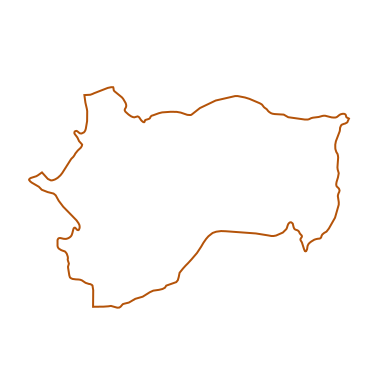 Cojedes, Robinson projection, rotated 266°
{"feature_id": "VEN-32", "entity_name": "Cojedes", "entity_type": "State", "adm_level": 1, "iso_a3": "VEN", "parent_name": "Venezuela", "parent_adm1": "", "projection": "robinson", "projection_center": [-68.34, 9.331], "detail": "fine", "context": "isolated", "style": "outline", "palette": "amber", "viewbox_px": 384, "rotation_deg": 266, "n_neighbors": 0, "source": "natural_earth", "source_scale": "10m", "svg_char_len": 4199}
<svg xmlns="http://www.w3.org/2000/svg" viewBox="0 0 384 384"><g transform="rotate(266 192 192)"><path d="M296.2,91.4L296.1,97.3L296.8,99.8L297.2,100.7L301.7,115.2L302.2,118.7L302.0,120.7L301.1,120.9L299.2,121.0L298.4,121.3L297.7,121.9L291.3,128.7L289.8,129.8L285.6,131.9L284.6,132.2L283.5,132.4L282.4,132.4L281.4,132.1L280.6,131.7L279.8,131.1L279.0,130.7L278.1,130.6L277.3,130.9L276.6,131.3L273.7,134.1L271.7,136.6L270.9,138.2L270.5,139.6L271.2,143.0L270.8,143.8L270.2,144.5L267.6,146.0L266.5,146.8L265.1,148.3L265.0,149.2L265.5,149.7L266.3,149.9L267.1,150.5L267.8,153.6L268.2,154.7L268.8,155.3L269.6,155.7L270.3,156.3L270.8,156.9L271.1,157.8L271.2,158.4L272.9,164.4L273.3,166.6L273.5,167.9L273.5,176.4L273.0,182.3L272.0,186.3L269.3,192.7L269.0,194.7L268.9,196.2L269.3,197.1L275.2,205.8L281.6,222.0L284.7,241.8L284.5,244.3L282.6,251.4L280.9,255.8L275.9,265.6L274.8,267.3L274.2,268.0L271.9,269.5L271.2,270.1L269.4,272.3L267.6,273.5L266.6,274.4L265.2,276.2L264.5,277.7L264.0,279.8L262.8,288.9L259.9,293.2L256.4,309.7L256.2,312.5L256.5,314.0L256.9,314.9L257.4,316.2L257.7,317.9L258.0,323.6L258.8,327.5L258.9,329.0L258.8,330.1L256.7,336.5L256.4,338.4L256.3,340.1L256.5,341.2L256.9,342.1L258.4,344.2L258.8,344.9L259.2,345.9L259.5,347.8L259.4,349.1L259.0,350.0L258.6,350.5L258.0,350.8L256.2,351.1L255.6,351.5L254.3,353.7L252.1,352.5L250.7,351.8L250.2,350.9L249.6,349.5L249.3,348.0L248.6,345.9L247.4,345.0L245.7,344.2L243.1,343.8L242.1,343.5L232.6,339.1L229.2,338.2L225.6,338.0L224.5,338.1L222.5,338.6L221.5,338.9L219.9,339.8L218.3,340.1L216.2,340.2L206.4,338.8L204.2,338.9L200.5,339.7L196.3,338.6L191.9,336.9L189.7,336.4L188.1,336.5L187.3,336.9L185.8,338.3L184.9,338.9L183.2,339.3L181.9,338.9L180.3,338.0L179.0,337.5L177.8,337.2L171.6,337.7L169.1,337.5L156.4,332.9L146.0,326.0L143.1,323.4L141.9,320.9L140.5,319.0L139.2,318.2L137.6,317.6L136.9,316.8L136.6,315.8L136.6,314.5L136.4,312.8L135.9,310.7L134.2,307.4L133.1,305.8L132.1,304.7L130.5,303.7L129.6,303.4L126.9,302.8L125.1,301.8L124.9,301.1L125.2,300.5L127.1,299.8L134.1,298.1L135.8,297.2L136.6,296.9L137.4,296.9L138.1,297.3L138.8,297.9L139.5,298.4L140.3,298.6L141.1,298.3L142.5,297.1L143.3,296.6L145.1,295.9L145.8,295.3L146.4,294.6L147.2,292.7L147.7,291.9L148.4,291.4L149.9,290.9L153.4,290.3L154.1,289.7L154.8,288.8L154.9,287.8L154.5,287.0L153.9,286.3L153.2,285.7L151.5,284.9L149.6,284.2L148.4,283.5L145.2,279.8L142.7,272.8L142.4,270.1L142.6,268.0L143.4,264.9L146.2,252.8L150.5,222.9L151.0,218.3L150.7,213.4L149.7,209.7L146.7,205.3L144.2,202.8L140.6,199.9L136.8,197.3L130.8,192.7L124.9,186.9L121.1,182.9L119.1,180.6L116.3,177.7L112.3,174.0L108.0,172.8L105.0,171.7L103.2,170.0L100.4,159.8L98.4,158.3L97.3,155.8L96.7,152.2L96.3,146.5L95.0,143.0L91.0,135.5L89.4,128.0L86.1,121.3L85.3,116.6L84.9,115.1L82.5,112.7L81.8,111.4L81.8,109.4L84.0,103.2L83.8,100.5L83.8,100.3L83.8,98.4L83.8,96.0L84.4,85.3L100.9,86.6L105.6,86.2L106.3,85.6L106.8,84.8L107.2,84.1L107.5,82.7L108.8,79.5L111.6,75.9L112.3,74.3L112.7,72.3L112.9,70.3L113.6,66.8L114.4,65.3L115.3,64.3L117.3,63.8L125.1,63.1L126.1,63.1L129.1,64.2L132.4,63.4L133.6,63.3L134.5,63.6L135.8,63.6L137.2,63.3L139.3,62.7L140.7,61.8L141.6,61.0L142.6,58.6L143.4,57.1L145.0,55.0L146.4,54.3L147.6,54.1L153.4,54.5L154.2,54.9L154.9,55.4L155.2,56.0L155.3,56.4L155.3,56.8L155.2,57.7L154.3,60.6L154.1,61.8L154.0,63.0L154.2,64.1L154.5,65.2L154.9,66.1L155.4,67.0L155.9,67.7L156.6,68.4L157.3,68.9L159.1,69.7L163.0,71.0L163.9,71.4L164.5,72.0L164.6,72.7L164.1,73.3L163.5,73.8L162.7,74.4L162.1,75.0L161.9,75.8L162.3,76.6L164.1,77.4L165.5,77.5L166.8,77.4L168.8,76.6L171.8,74.8L186.3,62.5L192.6,58.4L198.2,55.8L200.1,53.8L202.0,48.0L204.7,42.3L207.9,39.6L212.6,32.7L214.0,31.2L215.5,30.3L216.3,30.7L216.9,31.5L217.3,32.4L218.6,37.8L219.5,39.6L222.0,43.7L215.1,49.1L213.4,52.1L213.4,53.4L213.7,54.9L214.2,56.5L215.5,59.0L217.8,61.9L220.0,63.9L232.9,73.4L233.7,74.1L235.3,76.0L236.9,77.3L238.5,78.3L241.3,80.9L244.1,84.3L245.8,85.4L247.0,85.7L250.6,82.9L254.3,81.5L258.0,79.1L258.7,78.8L259.4,78.8L260.5,79.2L260.9,80.1L261.0,81.0L260.6,81.8L258.5,84.0L258.2,84.9L258.1,86.0L259.0,88.3L259.8,89.1L260.8,89.8L262.6,90.5L270.0,92.3L280.0,93.1L282.3,92.9L288.6,91.9L296.2,91.4Z" fill="none" stroke="#b45309" stroke-width="2"/></g></svg>